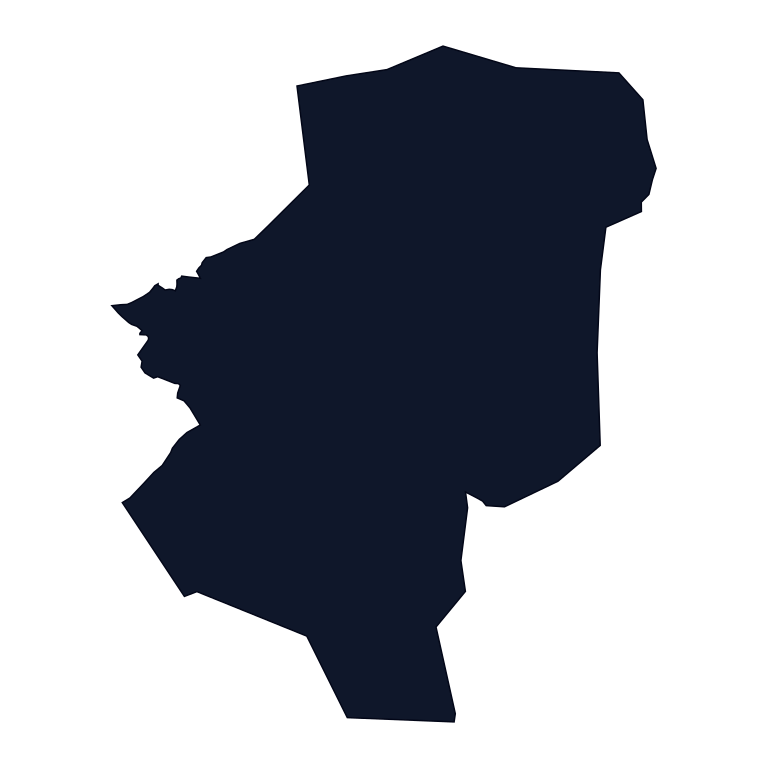 Boripe, Osun, Nigeria (orthographic projection)
{"feature_id": "59680162B47985033068277", "entity_name": "Boripe", "entity_type": "district", "adm_level": 2, "iso_a3": "NGA", "parent_name": "Nigeria", "parent_adm1": "Osun", "projection": "orthographic", "projection_center": [4.688, 7.896], "detail": "fine", "context": "isolated", "style": "filled", "palette": "ink", "viewbox_px": 768, "rotation_deg": 0, "n_neighbors": 0, "source": "geoboundaries", "source_scale": "gbopen_adm2", "svg_char_len": 1397}
<svg xmlns="http://www.w3.org/2000/svg" viewBox="0 0 768 768"><path d="M600.2,445.4L597.1,352.7L600.4,269.9L605.9,227.2L641.4,211.5L641.3,202.1L648.9,194.4L652.4,179.7L656.1,168.4L647.1,139.5L642.9,99.8L618.9,72.9L515.9,67.8L443.0,46.1L387.0,69.6L346.2,75.9L297.0,86.0L309.3,185.0L267.3,226.7L254.3,239.3L239.9,243.4L227.1,249.5L223.6,251.9L210.8,257.0L206.2,257.6L202.2,262.7L201.5,265.3L198.9,267.9L196.6,271.3L198.6,274.8L200.4,278.3L188.5,277.0L181.7,276.1L180.9,278.0L178.8,278.7L176.9,280.1L177.0,284.1L176.8,286.8L175.3,290.8L172.2,289.6L169.2,289.3L165.1,290.0L162.2,287.9L158.1,285.3L158.1,283.8L154.8,285.7L152.8,288.4L149.6,292.3L143.2,296.6L138.9,298.8L131.8,302.5L127.2,304.4L121.0,304.7L111.9,305.7L118.4,313.1L122.1,316.7L128.7,322.5L131.6,324.4L137.0,326.3L142.1,330.6L139.9,333.3L139.9,334.6L146.3,334.9L148.2,336.5L148.6,338.2L148.2,340.2L137.8,354.9L142.1,361.1L141.1,367.2L145.0,372.9L153.6,378.1L157.7,376.7L174.8,383.4L178.5,383.6L180.3,385.5L177.7,393.0L177.2,397.9L184.0,400.8L190.0,407.9L200.3,425.0L187.0,432.5L179.3,439.4L172.4,448.2L170.7,452.6L162.2,465.5L153.9,472.4L143.3,483.9L129.9,498.0L122.3,502.6L184.4,596.4L196.9,591.6L306.8,636.1L347.3,717.6L454.1,721.9L455.3,713.7L436.0,627.0L465.4,591.4L460.9,560.5L467.6,507.8L465.5,492.0L476.7,497.8L482.6,501.1L486.2,505.6L504.5,506.8L558.0,481.2L600.2,445.4Z" fill="#0f172a" stroke="#020617" stroke-width="1.5"/></svg>